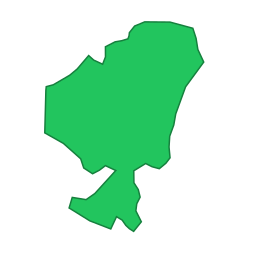 outline of Nisporeni, rotated 83°
{"feature_id": "MDA-1642", "entity_name": "Nisporeni", "entity_type": "District", "adm_level": 1, "iso_a3": "MDA", "parent_name": "Moldova", "parent_adm1": "", "projection": "robinson", "projection_center": [28.24, 47.078], "detail": "fine", "context": "isolated", "style": "filled", "palette": "green", "viewbox_px": 256, "rotation_deg": 83, "n_neighbors": 0, "source": "natural_earth", "source_scale": "10m", "svg_char_len": 841}
<svg xmlns="http://www.w3.org/2000/svg" viewBox="0 0 256 256"><g transform="rotate(83 128 128)"><path d="M77.0,204.1L76.0,196.9L68.5,179.4L63.2,171.2L51.3,158.2L56.4,153.8L61.6,145.4L54.7,141.7L44.6,140.5L40.9,130.3L40.6,123.6L39.5,117.2L36.5,115.7L33.5,115.0L27.6,109.0L24.7,98.5L28.0,73.4L36.9,51.5L47.3,49.5L58.6,49.1L71.8,44.8L94.1,65.8L119.8,78.9L130.6,82.2L141.2,87.6L151.9,89.6L162.7,89.9L167.6,94.7L172.2,101.9L169.4,108.8L165.4,114.8L171.2,127.5L183.1,128.8L190.4,125.3L198.1,124.4L204.2,128.5L211.2,130.3L222.7,126.2L231.3,135.0L228.2,138.8L224.4,142.0L218.7,145.0L214.6,150.2L226.1,157.4L215.5,177.2L200.2,196.2L190.1,191.8L194.0,178.3L189.0,168.9L168.7,145.3L162.6,155.0L166.4,161.5L169.1,168.7L162.3,176.8L152.8,178.7L135.4,194.0L122.7,211.2L80.5,204.9L77.0,204.1Z" fill="#22c55e" stroke="#15803d" stroke-width="1.5"/></g></svg>